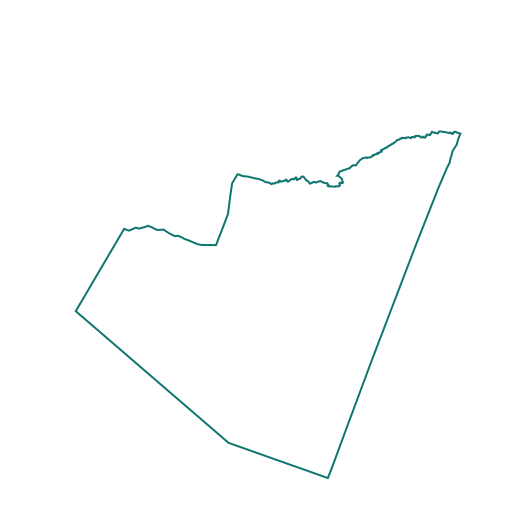 outline of Minas, Córdoba, Argentina, rotated 290°
{"feature_id": "61730980B27944530838107", "entity_name": "Minas", "entity_type": "district", "adm_level": 2, "iso_a3": "ARG", "parent_name": "Argentina", "parent_adm1": "Córdoba", "projection": "albers", "projection_center": [-65.06, -30.967], "detail": "fine", "context": "isolated", "style": "outline", "palette": "teal", "viewbox_px": 512, "rotation_deg": 290, "n_neighbors": 0, "source": "geoboundaries", "source_scale": "gbopen_adm2", "svg_char_len": 5886}
<svg xmlns="http://www.w3.org/2000/svg" viewBox="0 0 512 512"><g transform="rotate(290 256 256)"><path d="M71.9,399.5L85.8,399.8L118.5,399.9L172.0,400.3L198.7,400.5L317.7,402.4L382.1,404.1L404.1,405.3L409.9,406.0L415.0,405.3L416.3,405.4L421.7,404.8L429.2,406.5L435.6,406.0L440.9,406.2L440.8,405.8L440.8,405.0L440.7,404.0L440.8,402.7L440.8,402.4L441.0,401.3L440.8,400.8L440.4,400.5L440.4,400.3L440.5,399.8L440.4,399.6L439.7,399.5L439.3,399.2L438.9,399.0L438.0,399.2L437.9,399.1L437.9,398.4L438.1,398.1L438.1,397.6L438.3,397.5L438.4,397.1L438.4,396.4L438.4,396.2L438.2,396.1L437.9,396.3L437.7,396.1L437.7,395.4L437.5,394.6L437.4,393.5L437.2,392.6L437.0,390.6L436.6,389.5L436.6,388.9L436.4,387.7L435.9,386.1L435.5,385.4L433.6,385.2L433.4,384.8L433.0,382.7L433.0,381.5L432.9,381.2L432.7,380.4L432.7,379.9L432.9,378.9L432.6,378.8L429.9,378.4L429.1,378.1L428.9,377.6L429.3,377.4L429.2,377.2L428.5,375.1L427.1,375.0L426.9,375.0L426.7,374.8L426.7,374.5L426.6,374.4L425.7,374.5L425.6,374.4L425.4,374.3L425.1,374.4L424.7,373.3L425.2,372.0L425.0,371.6L424.4,371.6L424.0,371.1L423.8,370.5L424.0,369.6L424.6,368.8L424.7,368.0L424.0,367.1L423.8,366.4L423.8,365.6L423.3,365.1L423.2,364.6L422.9,364.6L422.5,364.4L421.8,364.5L421.2,361.7L419.8,361.5L419.7,358.6L418.2,356.1L417.8,356.1L417.9,355.5L417.3,354.3L417.0,352.8L416.5,352.9L416.4,352.8L416.2,352.6L416.0,352.2L415.8,352.0L415.7,351.4L415.2,351.3L414.9,351.1L414.5,350.9L414.3,350.6L414.1,350.5L413.9,349.7L413.6,349.5L413.4,349.2L412.9,348.8L412.2,348.6L410.9,347.9L410.6,347.6L410.3,347.5L409.9,347.2L409.3,346.9L408.9,346.5L408.6,346.3L408.5,346.1L407.9,345.9L407.8,345.7L407.8,345.4L407.6,345.1L407.3,345.0L407.0,344.9L406.8,344.7L406.4,344.6L406.0,344.3L405.6,343.7L405.1,343.3L404.8,343.3L404.6,343.2L404.5,342.9L404.0,342.7L403.7,342.2L403.2,342.1L402.7,341.6L402.3,341.5L402.0,340.9L401.7,340.7L401.6,340.4L401.3,340.3L400.6,339.8L400.3,339.6L400.1,339.3L399.6,338.7L399.2,338.6L398.9,338.4L398.7,338.2L398.4,337.4L398.1,337.4L397.4,338.3L397.2,338.4L396.9,338.4L396.7,338.2L396.7,337.6L396.5,337.3L395.5,336.8L395.1,336.1L394.8,335.7L394.4,336.0L394.2,335.9L394.0,335.6L394.0,335.2L393.9,334.9L393.7,335.0L393.4,335.1L393.2,334.6L392.6,334.0L392.5,333.8L392.6,333.6L392.5,333.4L392.2,333.3L391.9,332.9L391.9,333.0L391.7,332.9L391.5,332.6L391.3,332.3L391.1,332.0L390.4,331.6L389.9,331.6L389.5,331.2L389.4,330.8L388.5,330.3L387.6,329.6L387.6,329.2L387.5,328.8L386.9,328.2L386.7,327.6L386.2,326.9L386.2,326.3L386.2,326.1L386.3,326.1L386.2,325.8L385.6,324.8L385.3,324.0L384.4,322.9L382.3,321.3L381.0,320.6L379.2,320.1L378.4,319.6L377.6,319.5L376.2,319.1L375.5,319.0L375.3,318.8L375.2,318.6L375.2,318.0L375.0,317.6L374.8,317.0L374.1,315.8L373.9,315.7L373.3,315.5L373.1,315.1L372.6,314.9L371.8,314.5L371.6,314.4L371.0,314.4L370.8,314.3L370.7,313.9L370.0,313.4L369.8,313.2L369.4,312.3L368.3,311.2L366.4,308.6L366.0,308.2L365.3,307.6L364.4,306.3L363.8,305.7L363.2,305.6L361.8,305.5L360.7,305.7L359.7,305.1L359.2,304.9L359.3,305.3L359.6,305.6L359.7,305.8L359.1,307.1L359.1,307.3L358.9,307.8L358.9,308.0L358.3,309.2L357.8,310.4L357.6,310.6L356.8,310.9L356.4,311.2L354.7,312.6L354.2,312.3L354.1,312.0L354.1,311.6L354.0,311.3L353.7,311.0L353.8,310.2L353.6,309.9L353.4,309.6L352.9,309.5L352.6,309.6L352.3,309.8L351.8,310.4L351.5,310.6L351.4,310.6L350.5,310.6L350.3,310.5L350.3,310.3L350.3,310.0L350.1,309.8L349.4,309.2L349.0,307.9L348.9,307.2L348.2,306.7L347.9,305.9L347.8,305.2L347.3,303.8L347.0,302.2L346.9,301.9L346.5,301.1L346.2,300.4L346.4,299.5L346.5,299.3L347.3,299.5L347.6,299.6L347.9,298.9L348.0,298.8L348.6,298.4L348.8,298.0L348.7,297.7L348.2,296.9L348.1,295.5L348.1,294.4L348.2,293.9L348.1,293.7L348.0,293.2L348.1,292.7L348.3,292.2L348.3,291.9L348.4,291.7L348.5,291.4L348.5,291.2L348.3,290.5L347.9,290.0L347.4,289.5L347.0,288.9L346.8,288.6L346.1,287.8L345.8,287.6L345.5,287.0L345.4,286.7L345.6,286.2L345.6,285.9L345.5,285.1L345.2,284.6L344.7,284.3L344.0,283.8L343.5,283.1L342.8,282.5L342.6,282.1L342.5,281.9L342.7,281.5L343.4,280.5L343.5,280.2L343.9,279.4L344.0,279.2L343.9,279.0L344.1,278.5L344.1,278.1L344.3,277.9L344.3,277.7L344.5,277.3L344.6,276.9L345.3,276.0L345.5,275.3L345.7,275.0L346.3,274.4L346.5,274.1L346.7,273.0L346.7,272.6L346.5,272.2L346.0,271.6L345.8,271.6L345.5,271.5L344.8,271.4L344.5,271.2L343.9,271.0L343.4,270.7L342.6,269.5L342.1,269.2L341.9,269.1L341.7,268.7L341.5,268.3L341.7,268.1L342.1,268.1L342.7,267.6L342.9,267.6L343.1,267.2L343.5,266.9L343.4,266.6L343.1,266.3L342.5,265.9L341.7,265.8L341.3,265.7L341.1,265.4L341.1,265.0L340.8,264.5L340.7,264.2L340.7,263.5L340.6,263.2L339.6,262.6L339.1,262.1L338.5,261.8L338.1,261.7L337.2,261.2L337.1,260.7L336.9,260.4L336.8,260.1L336.9,259.6L337.2,259.3L337.3,259.1L337.5,259.1L337.9,258.8L338.0,258.7L338.0,258.1L337.8,257.7L337.5,257.5L336.4,256.9L336.1,256.6L335.9,256.2L335.6,255.8L335.4,255.4L334.8,254.8L334.8,254.7L334.7,254.3L334.5,254.2L334.6,253.8L334.6,253.2L334.9,252.8L334.9,252.6L334.9,252.3L334.9,252.2L334.6,251.8L334.4,251.7L334.0,251.9L333.7,252.1L333.1,252.2L332.9,252.1L332.9,251.7L332.5,251.4L332.3,250.3L331.8,249.6L330.5,248.7L330.5,248.4L330.3,248.2L330.3,247.8L330.1,247.3L329.7,246.9L329.7,246.5L329.3,246.2L328.9,246.0L328.8,245.8L328.8,245.5L328.9,245.2L329.2,244.7L329.2,244.4L329.4,242.8L329.1,242.1L328.8,239.7L329.0,237.7L329.4,236.3L329.3,234.4L329.3,232.8L329.0,230.5L328.6,228.7L328.4,226.5L328.3,224.9L327.9,222.8L327.9,221.5L327.7,220.4L327.3,219.4L327.0,218.2L326.5,215.2L326.5,214.3L326.7,213.2L326.8,212.3L326.7,212.0L326.5,211.8L326.4,210.6L321.4,209.7L316.1,208.7L304.8,211.0L286.1,215.3L270.2,215.1L252.6,214.7L251.9,212.8L247.8,201.2L247.1,197.1L247.6,187.4L247.6,182.6L248.1,180.8L248.3,175.5L246.9,173.1L247.6,166.6L249.2,160.2L247.9,157.2L246.6,153.8L247.3,148.6L247.5,144.4L244.8,141.1L241.6,136.4L241.6,133.4L236.4,128.0L236.4,122.8L142.5,105.5L71.0,294.2L71.9,399.5Z" fill="none" stroke="#0f766e" stroke-width="2"/></g></svg>